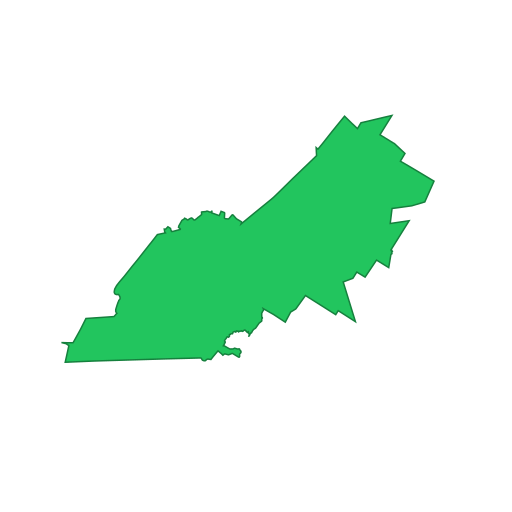 the district of Abasolo, Tamaulipas, Mexico, rotated 32°
{"feature_id": "50627088B78235434296900", "entity_name": "Abasolo", "entity_type": "district", "adm_level": 2, "iso_a3": "MEX", "parent_name": "Mexico", "parent_adm1": "Tamaulipas", "projection": "equal_earth", "projection_center": [-98.244, 24.128], "detail": "fine", "context": "isolated", "style": "filled", "palette": "green", "viewbox_px": 512, "rotation_deg": 32, "n_neighbors": 0, "source": "geoboundaries", "source_scale": "gbopen_adm2", "svg_char_len": 5468}
<svg xmlns="http://www.w3.org/2000/svg" viewBox="0 0 512 512"><g transform="rotate(32 256 256)"><path d="M150.5,447.2L173.4,431.5L180.7,426.6L234.5,390.7L263.2,371.7L263.4,371.8L263.8,371.8L264.5,372.1L265.2,372.5L265.8,372.7L266.5,372.6L267.5,372.4L267.8,372.2L268.1,372.0L268.3,371.9L268.6,371.5L268.8,371.1L268.8,370.9L268.7,370.6L268.8,370.2L269.0,369.9L269.5,369.2L269.9,368.8L270.4,368.6L271.0,368.5L271.6,368.0L272.6,367.7L273.0,363.9L273.9,357.5L274.1,356.6L278.5,357.2L280.5,357.7L281.2,355.8L281.3,355.6L281.5,355.5L285.0,354.4L285.2,354.2L286.8,352.1L287.4,351.3L287.6,351.2L287.8,351.1L294.4,351.0L294.6,351.0L295.3,350.8L295.4,350.7L295.4,349.9L295.3,349.7L294.8,349.0L294.1,347.9L294.0,347.7L294.4,346.2L294.4,345.9L294.3,345.7L294.2,345.5L293.8,345.2L293.7,344.9L293.7,344.7L292.2,344.3L291.9,344.0L291.2,343.6L290.9,343.7L290.7,343.8L290.0,344.5L289.8,344.6L286.7,345.5L285.8,346.9L285.6,347.1L283.1,348.7L280.0,348.9L276.4,349.0L276.2,349.2L276.0,348.9L275.9,349.0L275.8,346.8L275.5,346.6L275.6,346.4L275.6,346.0L275.7,345.7L275.4,345.2L275.2,345.0L274.6,344.9L274.4,344.8L274.3,344.6L274.2,344.3L274.2,344.1L274.2,343.0L274.4,341.7L274.3,341.2L274.4,340.3L274.4,340.1L274.4,339.9L274.4,339.7L274.5,339.6L275.0,339.6L275.3,339.5L275.6,339.5L276.0,338.7L276.0,338.3L275.9,337.7L275.6,337.5L275.4,337.3L275.2,337.1L275.1,336.9L275.1,336.7L275.5,336.2L275.8,336.0L275.9,335.8L276.0,335.4L276.0,335.2L276.4,334.9L276.5,334.8L276.7,334.7L277.2,334.5L277.3,334.4L277.3,334.1L277.2,333.8L276.9,333.3L276.9,333.1L276.9,332.9L277.0,332.7L277.1,332.4L277.3,332.1L277.5,331.8L277.7,331.5L277.9,331.3L278.5,331.2L278.7,331.4L278.8,331.4L279.1,331.3L279.3,331.0L279.3,330.9L279.1,330.5L279.1,330.4L279.0,330.1L279.1,329.9L279.4,329.8L279.7,329.6L280.1,329.6L280.7,329.4L280.8,329.2L281.0,329.1L281.2,329.3L281.2,329.5L281.3,329.6L281.5,329.6L281.6,329.1L281.6,328.9L282.1,328.5L282.3,328.4L282.4,328.1L282.6,327.9L282.8,327.8L283.1,327.6L283.2,327.4L283.3,327.4L283.4,327.1L283.5,327.0L283.9,327.2L284.3,327.2L284.5,327.0L284.7,326.7L285.0,326.3L285.1,326.1L285.1,325.5L285.2,325.4L285.4,325.2L285.6,325.0L285.6,324.8L285.8,324.7L286.0,324.7L286.3,324.6L286.5,324.7L286.7,324.8L287.1,324.8L287.4,324.9L287.5,325.0L287.7,324.9L287.9,325.1L288.2,325.1L288.3,325.2L288.6,325.3L289.0,325.4L289.4,325.4L289.6,324.3L289.8,324.4L290.2,325.0L290.5,325.2L291.7,326.0L291.9,326.2L292.0,326.4L292.4,327.6L292.6,327.4L292.6,327.0L292.3,324.8L292.3,324.5L292.3,324.3L292.4,324.2L292.8,323.8L292.9,323.6L292.7,321.0L292.8,320.5L292.9,319.6L293.0,319.3L293.8,317.6L293.9,317.2L294.2,311.5L294.2,311.3L295.3,308.3L295.3,308.1L295.2,307.8L294.2,306.3L294.2,306.1L294.2,305.9L294.3,305.5L294.3,305.3L294.2,305.2L294.0,304.9L293.9,304.8L293.5,304.9L293.4,304.9L293.2,304.7L291.3,301.7L291.2,301.5L291.0,299.6L291.0,299.3L291.0,298.3L291.0,298.0L290.9,297.7L290.6,297.2L290.4,297.0L290.1,296.8L297.5,296.5L301.8,296.3L315.9,296.6L315.6,292.4L315.1,285.2L317.8,279.8L318.9,263.3L354.7,263.5L354.7,258.8L375.1,259.0L347.5,235.1L343.7,231.8L350.0,223.5L350.0,216.2L352.0,216.2L359.7,216.1L360.4,195.6L374.7,195.5L369.6,183.2L370.0,182.2L369.8,182.2L369.6,181.9L369.4,181.7L369.4,181.0L369.3,180.8L369.2,180.6L369.1,180.4L369.1,180.1L369.2,179.9L369.2,179.7L368.9,179.6L368.6,179.8L368.3,180.0L368.2,180.0L368.0,179.8L367.9,179.8L367.9,179.7L367.8,179.4L367.7,179.3L367.7,179.2L367.4,179.2L367.4,178.9L367.2,178.8L367.2,144.9L352.6,157.3L346.2,143.6L349.5,140.9L361.5,130.9L370.5,120.7L367.3,98.2L340.9,98.7L328.2,99.1L328.0,90.1L313.8,87.3L312.6,87.4L296.9,87.5L296.8,64.8L291.6,70.0L285.2,76.5L280.1,81.7L274.8,87.0L274.4,87.4L274.5,91.5L274.5,94.2L268.2,92.9L267.9,92.9L257.0,90.5L255.5,102.3L254.7,108.8L254.6,109.5L252.8,125.7L251.9,132.6L249.6,132.2L252.4,136.3L254.2,138.8L246.1,170.9L242.5,186.0L239.8,196.9L238.7,200.4L231.7,220.9L226.4,236.7L226.1,235.2L225.8,234.8L225.4,234.7L220.2,234.8L219.3,234.7L214.9,233.4L214.5,233.4L214.2,233.6L214.0,233.8L213.9,234.1L213.2,238.8L213.0,239.2L212.8,239.3L210.3,240.6L209.7,240.7L209.2,240.6L208.9,240.2L206.7,236.2L206.4,236.0L206.2,235.9L205.8,236.0L202.7,236.6L202.8,237.0L203.4,241.2L195.7,242.9L195.0,241.5L194.8,241.4L194.3,242.7L194.1,243.1L193.8,243.2L191.4,243.6L190.9,243.8L190.2,244.3L190.1,244.7L186.6,247.4L186.5,247.7L187.3,248.7L187.8,249.5L187.8,249.8L187.8,250.0L186.9,252.8L186.6,253.4L186.3,254.2L186.3,254.5L185.1,257.8L184.5,258.2L184.1,258.3L182.6,257.9L181.5,257.8L181.0,258.0L180.3,259.0L179.9,259.7L179.4,260.9L179.1,261.5L178.8,261.7L178.4,261.8L178.1,261.7L177.8,261.6L176.7,261.6L175.4,261.8L175.4,262.8L174.3,265.0L174.5,269.6L174.6,271.4L175.1,272.8L177.1,273.0L177.5,273.1L177.7,273.6L172.7,279.0L171.9,279.7L171.5,279.6L171.3,279.9L169.6,278.7L168.9,277.9L165.8,277.9L165.2,281.0L163.9,281.8L166.0,284.1L166.9,284.4L161.0,290.1L159.9,300.8L159.8,301.2L157.5,322.3L156.5,329.9L155.0,343.3L154.0,349.9L153.5,354.4L153.5,355.9L153.7,358.9L154.3,360.5L154.7,361.4L155.1,362.0L155.6,362.4L156.1,362.7L156.7,362.9L157.3,362.8L157.9,362.7L158.2,362.6L158.8,362.3L159.3,361.7L159.7,361.5L160.1,361.6L161.0,362.0L161.7,362.4L162.3,362.8L163.2,363.8L163.4,364.5L163.4,365.1L163.2,366.4L163.4,367.0L163.6,368.6L164.3,371.6L165.4,375.7L166.3,377.2L167.0,377.7L167.4,378.0L168.4,378.3L168.3,378.6L167.7,382.6L165.5,384.2L144.9,399.1L146.0,410.9L146.1,412.4L146.5,419.8L146.7,423.7L146.8,426.5L141.7,429.7L136.9,432.5L141.5,431.0L144.8,431.2L150.5,447.2Z" fill="#22c55e" stroke="#15803d" stroke-width="1.5"/></g></svg>